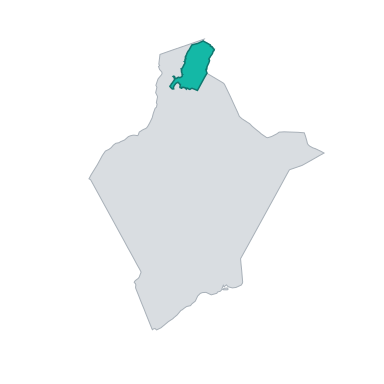 Turkana North, Rift Valley, Kenya (highlighted), rotated 29°
{"feature_id": "3690345B58335120983870", "entity_name": "Turkana North", "entity_type": "district", "adm_level": 2, "iso_a3": "KEN", "parent_name": "Kenya", "parent_adm1": "Rift Valley", "projection": "robinson", "projection_center": [35.285, 4.376], "detail": "fine", "context": "in_parent", "style": "filled", "palette": "teal", "viewbox_px": 384, "rotation_deg": 29, "n_neighbors": 0, "source": "geoboundaries", "source_scale": "gbopen_adm2", "svg_char_len": 6970}
<svg xmlns="http://www.w3.org/2000/svg" viewBox="0 0 384 384"><g transform="rotate(29 192 192)"><path d="M95.5,230.4L95.4,225.8L96.0,213.9L95.9,203.4L96.4,198.2L98.7,194.9L99.8,192.5L100.5,189.1L101.7,186.4L104.4,184.1L104.9,182.9L107.8,179.2L109.5,174.4L110.8,172.8L112.4,171.3L113.5,170.5L115.4,169.7L116.9,169.2L117.2,168.8L117.3,168.1L116.8,165.1L117.4,164.1L118.4,162.1L119.6,160.3L120.6,159.1L121.2,157.9L121.5,155.8L121.5,154.3L121.5,151.9L121.2,146.4L120.0,141.8L119.2,136.7L119.8,135.0L118.8,132.0L118.3,131.8L117.5,131.1L116.6,128.3L115.8,125.7L115.3,125.0L112.1,122.8L110.5,117.4L108.7,116.2L107.7,110.9L107.5,109.4L108.5,104.1L108.4,102.9L107.4,101.7L104.3,100.6L101.8,98.4L102.2,97.6L102.3,96.9L101.0,96.3L97.3,87.2L102.1,81.8L107.0,76.3L113.3,69.3L119.1,62.9L124.1,57.3L128.5,52.4L128.4,53.3L128.4,54.6L129.0,55.3L129.9,55.9L131.2,55.3L132.3,54.5L133.4,54.4L140.1,56.4L141.2,58.2L141.1,60.2L141.4,61.6L140.9,63.0L140.3,67.2L140.5,71.1L142.5,74.0L144.3,76.3L145.7,79.5L146.8,80.4L148.2,81.0L152.8,81.1L159.6,81.3L166.2,81.5L166.8,81.6L168.1,82.0L174.2,86.3L179.7,90.2L184.4,93.7L188.9,97.0L193.3,100.2L196.7,102.9L200.1,103.7L205.6,104.1L209.3,104.3L212.9,105.4L218.1,106.4L221.9,107.0L224.3,107.6L230.8,108.2L231.9,107.8L234.7,104.9L238.0,100.0L239.2,97.4L243.4,94.7L250.7,91.0L255.8,88.4L261.5,85.8L264.1,88.1L267.7,91.7L269.3,93.5L270.6,94.3L272.6,94.8L274.9,94.8L276.2,94.8L278.9,94.3L285.1,93.9L288.6,93.9L285.6,98.7L282.1,104.5L275.5,115.2L270.5,120.8L266.7,125.0L266.4,125.8L266.4,130.5L266.5,142.1L266.6,165.2L266.7,188.3L266.8,211.4L266.8,222.9L266.8,226.8L270.1,231.7L273.4,236.4L277.6,242.7L279.9,246.1L280.3,247.2L280.2,249.5L276.7,254.2L273.8,256.3L269.9,257.3L268.7,257.1L267.2,256.5L266.6,257.6L266.1,259.3L265.3,259.0L264.6,258.5L265.0,261.6L265.4,263.1L264.8,265.2L262.9,267.0L262.8,268.6L258.7,272.6L252.9,273.0L249.8,275.0L248.4,276.7L247.4,280.3L247.8,285.8L246.1,290.0L245.8,292.1L242.8,294.8L241.5,297.4L240.5,299.9L239.7,301.0L238.6,306.8L237.2,310.3L236.9,311.4L236.5,312.5L235.4,314.5L234.7,315.9L234.2,316.8L230.7,325.8L227.9,329.8L225.8,329.3L224.3,330.9L224.2,331.6L223.4,331.2L221.6,329.7L217.9,326.7L214.2,323.7L210.5,320.7L206.8,317.6L203.0,314.6L199.3,311.6L195.6,308.5L191.9,305.5L189.7,303.7L188.8,302.7L188.0,300.6L187.6,300.1L186.7,299.4L185.5,299.3L185.2,298.9L185.2,297.8L185.6,296.4L186.9,293.6L187.1,292.0L186.8,290.1L186.4,287.1L186.0,286.5L183.6,284.9L178.4,281.7L173.3,278.4L168.1,275.1L162.9,271.9L157.8,268.6L152.6,265.3L147.5,262.1L142.3,258.8L137.1,255.5L132.0,252.3L126.8,249.0L121.7,245.8L116.5,242.5L111.3,239.2L106.2,236.0L101.0,232.7L99.1,231.5L97.3,230.4L95.5,230.4ZM267.1,262.2L266.3,262.4L266.7,260.8L269.4,258.8L270.5,259.3L270.7,259.7L270.6,260.1L270.1,260.6L267.1,262.2Z" fill="#d9dde1" stroke="#a8b0b8" stroke-width="1"/><path d="M132.6,106.3L132.5,106.0L132.4,105.9L132.3,105.6L132.5,105.4L132.5,105.2L132.8,105.1L133.0,105.2L133.3,105.1L133.5,105.0L133.5,104.9L133.8,104.5L134.1,104.4L134.5,104.4L134.8,104.3L135.2,104.4L135.3,104.3L135.5,104.2L135.6,104.3L135.8,104.2L135.9,104.3L136.1,104.2L136.2,104.3L136.4,104.3L136.5,104.3L136.6,104.6L136.8,104.7L137.0,104.7L137.2,104.8L137.3,104.3L137.4,104.2L137.3,103.6L137.8,103.4L138.4,103.4L138.8,103.4L139.4,103.5L139.8,103.5L140.2,103.4L140.5,103.2L140.8,102.6L140.8,102.4L141.0,102.2L141.2,101.7L141.3,101.6L141.7,101.5L141.8,101.4L142.1,101.2L147.5,100.5L147.4,85.6L147.5,80.8L146.2,79.6L144.9,78.3L145.4,77.8L145.3,77.5L144.8,77.4L144.8,77.0L145.0,76.2L144.4,75.7L144.3,74.2L144.2,73.0L144.1,71.1L143.9,69.9L143.7,68.9L143.5,68.4L143.2,68.1L142.8,67.8L142.4,67.7L142.2,67.6L142.3,66.2L142.4,65.4L142.4,64.5L142.4,64.0L142.4,63.7L142.5,63.3L142.6,62.5L142.7,62.2L142.7,61.9L142.7,61.7L142.7,61.0L142.7,60.7L142.6,60.3L142.6,60.0L142.4,59.6L142.3,59.1L142.4,58.2L142.6,57.9L142.7,57.7L142.5,57.4L142.5,57.0L142.4,56.9L142.3,56.7L142.2,56.5L142.2,56.4L141.8,56.5L141.5,56.4L141.4,56.4L141.1,56.3L140.9,56.1L140.5,56.0L140.5,55.8L140.3,55.7L140.0,55.6L139.8,55.7L139.6,55.7L139.5,55.4L139.4,55.3L139.1,55.3L138.9,55.3L138.6,55.2L138.3,55.3L138.2,55.2L137.9,55.4L137.6,55.4L137.5,55.6L137.4,55.6L137.1,55.2L136.9,54.9L136.8,54.7L136.7,54.5L128.5,54.5L125.1,59.2L120.6,63.4L120.6,69.4L120.5,69.8L120.5,70.1L120.3,70.6L120.4,71.0L120.3,71.3L120.3,71.7L120.3,72.1L120.4,72.9L120.4,73.5L120.4,73.8L120.6,74.4L120.6,74.6L120.7,74.8L120.7,75.1L120.7,75.4L120.6,75.7L120.7,76.0L120.9,76.1L120.9,76.3L120.9,76.5L120.8,76.9L120.8,77.1L121.1,77.5L121.3,77.7L121.4,77.8L121.5,77.9L121.4,77.9L121.5,78.0L121.5,78.3L121.5,78.5L121.5,78.8L121.6,79.0L121.7,79.5L121.8,79.7L121.8,79.9L121.9,80.0L122.0,80.2L122.0,80.3L122.2,80.5L122.3,80.5L122.4,80.8L122.3,81.1L122.4,81.3L122.5,81.4L122.4,81.5L122.5,81.5L122.6,81.8L122.8,82.0L123.0,82.2L123.1,82.3L123.2,82.5L123.3,82.5L123.4,82.9L123.4,83.0L123.4,83.4L123.4,83.5L123.4,83.8L123.4,84.0L123.4,84.4L123.3,84.5L123.4,84.9L123.3,85.0L123.3,85.4L123.3,85.5L123.4,85.8L123.4,86.0L123.5,86.1L123.5,86.4L123.5,86.6L123.4,86.7L123.4,86.8L123.4,87.0L123.5,87.4L123.4,87.7L123.5,87.8L123.4,88.1L123.4,88.6L123.3,88.9L123.3,89.0L123.4,89.3L123.2,89.4L123.3,89.5L123.4,89.8L123.4,90.0L123.4,89.9L123.5,89.9L123.5,90.1L123.4,90.1L123.5,90.2L123.5,90.3L123.6,90.5L123.8,90.6L123.9,90.9L124.0,90.9L124.2,91.1L124.3,91.1L124.3,91.3L124.3,91.5L124.5,92.0L124.8,92.1L124.9,92.3L125.0,92.3L125.1,92.5L125.5,92.8L125.8,93.0L125.9,93.3L126.0,93.4L126.1,93.5L126.3,93.8L126.4,94.0L126.5,94.0L126.4,94.1L126.6,94.5L127.1,94.9L127.2,95.1L127.2,95.3L127.3,95.6L127.2,95.8L127.1,96.2L126.9,96.4L126.7,96.8L126.4,97.4L126.0,97.8L125.9,97.9L125.6,98.0L125.3,98.1L125.2,98.1L124.8,98.0L124.6,98.1L124.3,98.6L124.0,98.8L124.0,99.3L123.9,99.5L123.7,99.7L123.5,99.8L123.3,99.9L123.3,100.0L123.2,100.3L123.0,100.6L122.8,100.7L122.7,100.8L122.5,100.7L122.3,100.8L122.2,100.8L121.8,100.6L121.6,100.4L121.5,100.1L121.4,99.9L121.1,99.9L120.7,99.6L120.4,99.5L120.0,99.5L119.6,99.8L119.5,100.0L119.8,100.0L120.0,100.3L120.4,100.3L120.7,100.3L120.9,100.5L121.2,100.9L121.4,101.0L121.5,101.2L121.6,101.3L121.8,101.5L121.9,101.8L122.1,101.9L122.2,102.2L122.3,102.5L122.3,102.8L122.2,103.1L122.0,104.6L121.9,106.2L121.9,106.4L121.8,106.7L121.5,107.1L121.7,108.2L121.5,109.3L121.4,110.3L122.0,110.6L122.3,110.7L122.6,110.9L122.9,110.8L123.1,111.0L124.5,111.4L124.9,111.4L125.0,111.2L125.3,111.0L125.4,110.9L125.6,110.9L125.9,110.8L126.0,110.7L125.8,110.5L125.7,110.3L125.5,110.2L125.2,109.8L125.2,109.7L125.1,109.4L125.0,109.1L124.9,108.5L124.9,107.6L124.9,107.1L124.9,106.7L125.0,106.5L125.0,106.3L125.1,106.0L125.1,105.5L125.2,105.1L125.3,104.7L125.6,104.1L125.8,104.0L126.0,103.6L126.2,103.4L126.3,103.1L126.5,102.8L127.2,103.0L127.3,103.1L128.1,103.2L128.3,103.3L128.8,103.6L129.0,103.7L129.5,103.7L129.7,103.8L129.8,103.7L129.9,103.9L129.9,104.3L130.1,104.5L130.2,104.8L130.3,105.5L130.6,106.1L130.8,106.4L131.0,106.3L131.4,106.2L131.5,106.3L131.8,106.3L132.0,106.4L132.4,106.4L132.6,106.3Z" fill="#14b8a6" stroke="#0f766e" stroke-width="1.5"/></g></svg>